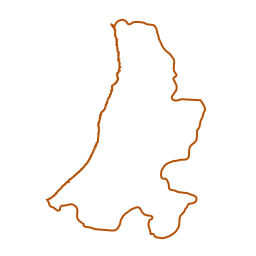 Gaspar Hernández, Espaillat, Dominican Republic, rotated 274°
{"feature_id": "3306468B76468188202077", "entity_name": "Gaspar Hernández", "entity_type": "district", "adm_level": 2, "iso_a3": "DOM", "parent_name": "Dominican Republic", "parent_adm1": "Espaillat", "projection": "natural_earth1", "projection_center": [-70.259, 19.604], "detail": "fine", "context": "isolated", "style": "outline", "palette": "amber", "viewbox_px": 256, "rotation_deg": 274, "n_neighbors": 0, "source": "geoboundaries", "source_scale": "gbopen_adm2", "svg_char_len": 5653}
<svg xmlns="http://www.w3.org/2000/svg" viewBox="0 0 256 256"><g transform="rotate(274 128 128)"><path d="M160.7,198.5L160.5,180.3L160.1,178.1L158.9,175.1L158.7,173.6L158.9,171.6L160.0,170.1L161.2,169.5L162.5,169.6L168.5,173.2L169.9,173.6L171.8,173.7L174.1,173.3L180.1,169.9L180.8,169.9L181.5,170.2L182.7,172.0L184.0,172.7L185.1,172.3L187.6,170.2L188.9,169.7L191.4,169.4L196.9,169.5L198.9,169.2L200.6,168.2L204.8,164.6L207.5,160.6L210.9,157.2L219.1,152.7L222.6,151.7L225.4,150.4L228.9,149.5L231.9,147.3L232.5,145.4L232.8,140.0L234.3,135.8L234.5,130.7L234.1,126.8L233.5,125.4L231.8,123.1L231.5,121.8L231.7,121.0L232.1,120.3L233.9,119.0L234.4,118.3L235.5,116.1L235.6,115.2L235.4,114.0L234.4,111.5L233.4,109.9L231.9,108.8L228.6,107.5L230.1,104.4L229.7,104.4L229.7,104.8L229.1,104.8L228.9,105.4L227.9,105.9L227.9,106.3L227.5,106.3L227.0,107.1L226.4,107.4L226.2,107.8L225.9,107.6L225.5,108.0L224.8,108.0L224.2,108.2L224.2,108.5L221.1,108.5L221.0,108.2L221.0,108.5L220.4,108.5L220.1,108.9L219.5,108.9L219.5,108.7L218.4,108.9L218.2,109.3L217.5,109.5L217.1,110.0L215.9,110.2L215.9,110.4L215.0,110.6L215.0,110.8L214.6,110.6L214.6,110.8L213.0,110.8L213.0,111.0L212.2,111.0L212.2,110.8L211.0,111.0L211.0,110.8L210.4,110.6L210.4,110.8L210.1,110.8L209.9,111.2L208.8,111.5L205.9,111.9L205.9,112.1L204.8,112.1L204.8,112.3L203.4,112.5L203.0,113.2L201.9,113.4L201.9,113.6L200.5,113.4L200.5,113.2L199.9,113.2L199.9,113.4L199.4,113.4L199.4,113.6L196.3,113.4L196.3,113.6L195.6,113.6L195.6,113.8L195.4,113.6L194.3,113.8L194.1,114.3L193.6,114.3L193.4,114.7L192.3,114.9L192.3,115.1L189.2,115.1L188.8,115.5L188.8,115.3L185.8,115.3L185.8,115.1L185.2,115.1L185.0,115.3L185.0,115.1L184.5,115.1L184.1,114.7L183.0,114.7L182.5,114.0L182.1,114.0L182.1,113.6L180.9,113.6L180.9,113.4L178.9,113.6L178.5,114.0L177.8,114.0L177.8,114.3L177.0,114.3L177.0,114.5L176.7,114.6L176.0,114.7L175.8,114.3L174.7,114.3L174.3,113.8L173.8,113.8L173.8,113.6L172.9,113.4L172.7,113.0L172.3,113.0L172.1,112.5L171.8,112.5L171.4,111.9L171.0,111.9L170.3,110.8L169.2,109.5L168.9,109.5L168.7,109.1L168.1,109.1L168.1,109.3L166.1,109.3L166.1,109.5L165.1,109.5L164.9,109.3L164.9,109.5L164.5,109.5L164.5,109.3L164.2,109.3L164.2,109.1L163.6,109.1L163.2,108.7L162.7,108.7L161.1,108.7L160.7,108.5L160.5,108.0L159.6,107.8L159.6,107.6L157.8,107.6L157.8,107.4L157.3,107.2L156.9,106.5L155.8,106.3L155.4,105.9L152.0,105.4L152.0,105.2L150.9,105.0L150.9,104.8L150.2,104.8L150.2,104.6L149.4,104.4L149.4,104.2L146.2,103.9L145.8,103.5L145.3,103.5L144.7,102.9L144.0,102.7L143.6,102.0L142.9,101.8L142.4,100.9L141.3,100.5L141.3,100.3L139.6,100.1L139.6,99.9L139.1,99.9L139.1,99.6L138.4,99.9L138.0,99.4L137.1,99.4L137.1,99.2L135.8,99.4L135.8,99.2L134.9,99.2L132.0,98.8L132.0,98.6L130.9,98.6L130.9,98.4L130.4,98.4L130.4,98.1L128.2,98.1L128.0,98.6L127.1,98.6L127.1,98.8L123.5,99.2L122.4,99.2L120.6,99.0L120.6,98.8L119.5,98.8L119.5,99.0L118.0,99.0L118.0,98.8L117.9,99.0L112.1,98.8L112.1,98.6L111.0,98.1L111.0,97.9L110.2,97.9L110.2,97.7L109.7,97.7L109.0,97.5L109.0,97.3L107.9,97.1L107.9,96.9L107.3,97.1L107.2,96.6L106.4,96.4L106.4,96.2L105.0,96.2L104.4,95.6L103.0,95.3L102.6,94.9L101.0,94.7L100.4,94.5L100.1,94.1L99.0,93.8L98.6,93.4L97.9,93.4L97.7,93.0L96.8,93.0L96.8,92.8L96.3,92.8L96.1,92.3L94.8,92.1L94.8,91.9L94.1,91.7L93.7,91.3L93.2,91.3L92.8,90.8L91.7,90.6L91.2,90.0L90.5,90.0L90.5,89.8L89.7,89.5L89.0,88.5L88.5,88.5L87.9,87.8L87.6,87.8L87.4,87.4L86.3,87.0L85.4,85.9L84.7,85.7L84.5,85.3L84.1,85.3L83.6,84.6L83.6,84.2L82.7,84.0L81.9,82.9L81.6,82.9L81.4,82.5L81.0,82.5L80.7,81.8L80.3,81.8L79.8,80.7L79.0,80.5L78.3,79.4L77.9,79.4L77.2,78.4L76.9,78.4L76.7,77.9L76.5,77.5L75.9,77.5L74.3,75.4L74.0,75.4L73.2,74.5L73.2,74.1L72.9,74.1L72.7,73.6L72.3,73.6L72.1,73.0L71.6,72.8L71.2,72.1L70.5,72.1L70.5,72.4L70.0,72.6L70.0,71.3L69.8,71.3L69.8,70.9L69.4,70.4L68.9,70.4L68.7,70.0L68.3,69.6L68.0,69.6L67.6,68.9L66.9,68.7L66.9,68.3L65.8,67.0L65.4,67.0L64.7,66.1L63.6,65.7L63.2,65.3L62.9,65.3L61.2,63.3L60.9,63.3L60.5,62.7L59.8,62.5L59.6,62.0L58.9,61.8L58.5,61.2L57.6,61.0L57.6,60.5L56.9,60.3L56.2,59.5L55.8,59.5L55.1,58.4L54.7,58.4L54.4,57.7L53.3,56.7L53.3,56.2L52.5,55.6L52.5,55.2L52.0,55.0L51.8,54.1L50.7,52.8L50.7,52.4L48.5,54.0L45.8,55.0L44.7,55.7L44.3,56.4L43.3,59.5L41.0,62.8L40.7,63.6L40.7,64.4L41.3,65.6L44.6,66.2L45.6,67.0L46.0,68.4L46.5,71.6L47.9,75.7L47.9,77.8L47.6,78.8L46.3,81.1L45.2,82.1L43.5,83.1L41.5,83.3L36.5,83.3L34.1,83.9L32.9,84.9L31.4,86.5L29.0,90.6L27.7,90.5L26.8,91.4L26.4,93.4L26.0,98.3L25.2,100.4L24.8,102.4L24.6,119.6L25.0,122.2L25.8,123.4L26.7,124.4L30.2,126.2L31.5,126.7L36.1,127.4L40.1,129.5L42.1,131.2L47.1,137.1L49.2,141.4L49.6,143.3L49.3,144.7L48.5,145.8L45.0,147.9L43.0,150.2L42.3,152.2L42.0,156.7L41.7,157.6L40.9,158.5L40.1,158.7L39.4,158.4L38.7,157.7L37.7,156.0L37.0,155.6L34.1,155.1L31.1,155.5L27.9,157.0L23.8,158.1L24.1,159.4L24.0,160.6L23.5,161.2L21.5,162.5L21.1,163.3L20.8,165.0L20.4,169.9L21.1,172.4L23.0,176.8L24.5,179.1L27.4,182.3L28.6,183.2L32.2,185.2L33.5,185.6L35.5,185.8L41.5,185.8L43.4,186.2L44.7,186.9L48.2,189.7L51.0,190.7L52.7,192.0L55.7,193.3L56.5,193.8L57.7,198.4L58.7,200.1L60.2,201.1L62.5,201.3L64.1,200.4L65.1,198.9L66.0,195.0L67.1,191.9L67.6,182.9L68.9,178.7L69.3,175.3L69.7,174.0L70.3,173.4L71.0,173.1L75.0,172.5L78.8,170.5L79.7,169.6L80.0,168.9L79.9,166.6L80.1,165.9L81.2,164.7L83.6,164.2L87.1,164.3L88.6,164.7L92.5,166.9L94.1,168.2L95.7,170.3L98.1,175.5L98.9,179.5L99.9,182.1L100.4,186.6L100.8,188.2L101.8,189.7L103.0,190.4L104.5,190.7L110.8,190.6L113.3,191.0L115.1,192.1L119.1,196.3L121.0,197.1L124.5,197.4L130.6,197.1L132.8,198.7L134.1,199.2L140.6,200.0L143.8,201.5L147.9,202.2L151.4,203.6L153.2,203.4L156.6,201.6L160.7,198.5Z" fill="none" stroke="#b45309" stroke-width="2"/></g></svg>